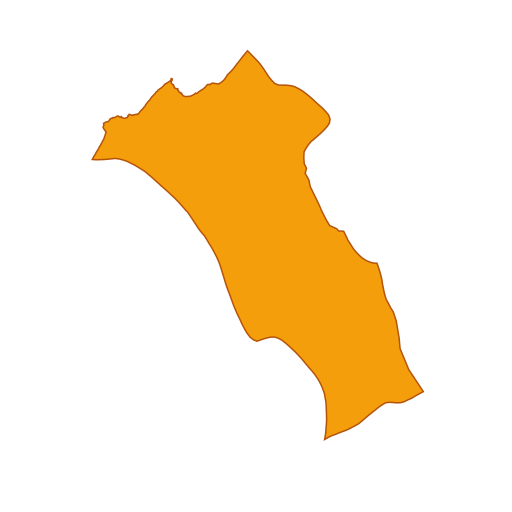 Ad Dis, Hadramawt, Yemen (Equal Earth projection), rotated 159°
{"feature_id": "15242507B42761625616090", "entity_name": "Ad Dis", "entity_type": "district", "adm_level": 2, "iso_a3": "YEM", "parent_name": "Yemen", "parent_adm1": "Hadramawt", "projection": "equal_earth", "projection_center": [49.996, 15.105], "detail": "fine", "context": "isolated", "style": "filled", "palette": "amber", "viewbox_px": 512, "rotation_deg": 159, "n_neighbors": 0, "source": "geoboundaries", "source_scale": "gbopen_adm2", "svg_char_len": 5795}
<svg xmlns="http://www.w3.org/2000/svg" viewBox="0 0 512 512"><g transform="rotate(159 256 256)"><path d="M190.4,450.6L195.3,447.9L197.4,446.7L200.6,444.7L205.3,441.9L210.7,438.6L214.0,437.0L217.6,435.5L219.9,433.7L222.2,432.1L225.6,430.7L229.3,430.0L230.2,430.4L230.5,430.7L231.3,431.1L232.8,432.0L234.2,432.8L235.4,433.1L236.3,432.9L237.0,432.6L237.4,432.5L237.7,432.4L238.0,432.6L238.4,433.1L239.5,433.4L240.2,433.3L241.3,432.8L242.1,432.2L242.6,431.9L243.6,431.5L244.1,431.4L245.1,431.0L246.1,430.7L246.8,430.6L247.1,430.6L247.4,430.6L247.7,430.4L250.9,429.8L251.5,429.5L252.0,429.2L252.4,429.1L252.6,429.0L253.0,429.0L253.4,429.0L253.6,429.2L253.7,429.3L253.7,429.5L253.9,429.7L254.5,429.6L255.0,429.4L255.7,429.1L255.8,429.1L258.1,428.8L259.5,428.7L260.5,428.9L261.2,429.0L261.9,429.2L262.5,429.5L263.4,429.6L264.1,429.8L264.5,430.1L265.0,430.4L265.5,430.7L265.9,431.0L266.5,431.7L266.7,432.0L266.8,432.4L266.8,432.6L266.8,432.9L266.7,433.2L266.5,433.3L266.8,433.3L267.2,433.5L267.4,433.7L267.5,433.8L267.4,434.0L267.5,434.2L267.6,434.4L267.5,434.5L267.4,434.6L267.2,434.7L267.3,434.8L267.4,434.7L267.4,434.8L267.5,434.6L267.7,434.9L267.8,434.8L267.9,435.0L268.1,435.3L268.0,435.5L268.4,436.1L268.5,436.1L268.9,436.5L269.0,436.9L269.1,437.0L269.1,437.3L269.0,437.5L269.7,438.6L269.5,439.2L269.4,439.2L269.4,439.4L269.4,439.5L269.2,439.8L269.1,440.1L269.3,440.1L270.6,441.0L270.8,441.2L271.2,441.5L271.3,441.7L271.5,441.9L271.8,442.1L271.9,442.4L271.9,442.6L271.9,442.8L271.7,443.0L271.8,443.3L271.8,443.5L271.7,444.1L271.7,444.3L271.8,444.5L271.8,444.8L271.7,445.1L271.8,445.6L272.6,446.5L272.8,447.1L273.0,447.9L273.0,448.9L272.5,449.1L272.0,449.7L271.3,450.2L270.7,451.2L271.1,451.9L271.9,451.8L272.0,451.2L272.3,450.7L273.5,450.2L274.6,450.0L275.3,449.7L275.8,449.6L276.8,449.6L277.4,449.2L278.5,449.3L279.6,449.0L281.9,447.8L283.9,446.9L285.1,446.8L287.2,446.1L288.0,446.0L288.8,445.3L290.2,445.0L291.7,444.0L292.8,443.5L294.5,442.6L296.4,441.8L297.9,440.8L299.3,439.7L300.9,439.1L303.3,437.7L304.9,436.7L305.9,435.6L306.6,435.3L307.6,434.9L309.1,433.9L311.2,433.1L313.5,431.8L314.1,431.3L315.0,430.9L315.6,430.7L315.9,430.9L316.4,430.7L316.7,430.9L317.0,431.3L317.9,431.3L319.9,431.7L320.3,431.3L320.8,431.5L321.2,431.9L321.5,431.9L322.4,432.7L322.9,433.2L323.2,433.3L323.6,433.7L324.3,433.1L324.9,433.0L325.3,432.9L325.5,432.4L325.6,432.0L326.1,431.8L326.7,431.5L327.1,431.5L328.0,431.6L328.9,431.5L330.1,432.0L331.3,433.2L331.9,434.5L332.3,434.2L332.6,434.0L333.1,434.1L333.7,435.0L334.6,436.2L336.4,436.3L337.0,436.0L338.3,435.8L338.8,436.2L339.5,436.4L340.3,436.4L340.6,436.1L341.2,436.4L343.0,436.3L344.0,435.5L344.5,435.2L345.1,434.7L345.5,434.5L345.9,434.4L346.5,434.7L347.1,434.8L347.9,434.7L348.7,434.9L349.7,434.4L350.8,434.5L351.2,432.6L352.6,431.1L352.6,429.7L351.9,426.7L351.4,425.7L353.9,422.4L354.9,421.4L355.5,420.5L356.8,419.2L358.1,418.3L359.2,417.0L360.3,416.3L361.6,415.0L362.6,414.5L363.0,414.1L365.6,411.7L365.9,411.7L366.3,411.4L366.7,410.8L367.8,410.2L369.0,409.2L369.2,408.7L370.0,408.2L370.9,407.7L374.3,404.8L370.7,403.1L363.5,400.6L359.4,399.4L356.1,398.5L352.6,397.6L348.9,395.6L345.6,393.2L342.6,390.7L339.6,387.5L336.5,384.1L333.9,380.7L331.2,377.2L329.0,374.0L326.9,370.1L325.8,368.2L324.7,366.1L322.2,361.2L319.9,356.6L319.7,356.1L319.5,355.7L317.3,351.6L315.0,347.1L311.0,338.8L310.6,337.9L309.7,335.8L308.6,333.3L306.7,328.0L304.9,323.2L304.7,322.8L304.0,321.1L301.1,308.2L299.9,302.2L298.5,297.7L296.8,293.0L296.3,290.3L296.0,288.7L295.3,284.2L294.3,279.3L293.7,274.7L293.1,269.3L292.9,265.6L292.8,264.0L292.9,259.3L293.2,254.4L293.3,253.4L293.5,249.8L293.9,245.1L294.3,239.8L294.4,234.6L294.4,229.6L294.6,218.1L294.5,213.6L294.4,211.7L294.3,208.7L294.0,205.5L293.8,203.7L293.6,200.1L293.4,196.9L292.8,191.8L292.1,187.4L290.6,182.4L290.2,181.7L288.5,178.8L286.9,177.3L285.7,176.1L282.2,176.0L278.8,175.9L275.1,175.6L274.4,175.5L271.2,174.9L267.9,173.8L265.4,171.9L264.6,171.2L264.1,170.6L261.9,168.0L259.6,164.1L257.7,160.5L255.7,156.3L253.7,152.3L251.8,147.7L249.9,142.8L248.3,138.0L246.7,133.3L245.1,129.0L243.5,124.1L242.2,118.5L241.5,113.3L241.4,111.1L241.3,108.6L241.3,108.2L241.4,103.3L242.2,99.1L243.1,94.5L243.8,92.3L244.4,90.3L245.7,86.5L245.9,85.8L246.4,84.5L247.6,81.0L249.1,77.0L251.1,72.6L252.0,70.9L253.6,67.4L255.3,64.1L257.7,60.1L253.4,60.8L249.8,61.1L248.0,61.1L246.3,61.0L242.3,61.1L239.1,61.1L238.7,61.1L237.1,61.1L235.0,61.0L231.1,61.2L227.3,61.7L223.6,62.1L220.1,62.7L216.4,63.9L212.9,65.2L208.1,66.9L206.9,67.3L203.9,68.2L202.8,68.6L199.8,69.5L195.9,70.8L192.0,71.8L187.9,72.5L185.8,72.1L184.1,71.7L180.6,70.1L178.5,69.1L176.9,68.4L173.6,67.2L169.7,66.9L165.3,67.3L164.2,67.3L161.4,67.5L157.0,68.3L152.4,68.9L148.4,69.4L148.4,69.5L154.1,95.2L154.7,117.9L151.8,128.0L148.3,145.3L147.9,154.6L148.0,154.9L148.8,159.2L149.4,164.4L150.0,169.0L149.6,174.4L149.1,177.9L148.8,179.6L148.0,184.3L146.9,189.1L146.7,190.9L146.3,193.8L145.9,198.4L145.7,203.4L145.7,206.0L147.9,206.8L149.4,207.7L150.9,208.7L153.9,211.4L154.5,212.0L157.4,215.8L159.4,219.7L161.2,224.0L162.6,228.3L163.5,233.0L164.5,237.7L164.6,240.4L164.8,242.2L165.3,247.7L169.9,249.8L170.9,252.5L176.3,258.0L177.4,264.0L178.5,274.0L178.8,282.0L180.5,301.4L179.4,308.1L180.5,315.4L177.4,319.9L177.9,324.9L176.2,330.5L173.8,336.0L170.6,338.7L166.9,341.3L163.4,343.2L160.2,344.2L156.2,345.7L153.6,346.7L151.6,347.4L146.8,349.5L143.1,351.4L139.9,353.7L137.8,357.3L137.7,361.7L139.2,366.0L140.9,370.1L142.8,373.8L144.8,377.6L146.7,381.6L148.6,385.3L150.9,389.3L153.6,393.6L156.1,396.8L156.5,397.2L159.5,400.5L162.6,402.6L163.0,402.8L166.4,404.6L170.1,406.0L173.6,407.5L176.7,410.4L178.5,414.6L180.0,419.2L180.9,423.6L181.9,428.2L183.1,432.9L184.6,437.2L185.4,439.1L186.2,441.0L187.9,444.9L189.7,449.0L190.4,450.6Z" fill="#f59e0b" stroke="#b45309" stroke-width="1.5"/></g></svg>